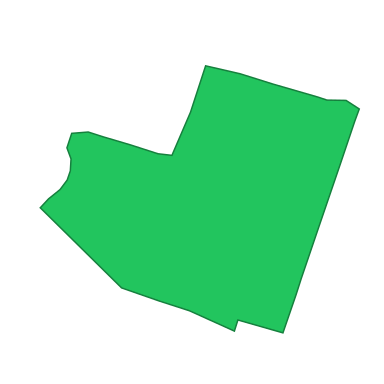 outline of Nova Hartz, Rio Grande do Sul, Brazil, rotated 103°
{"feature_id": "56859067B47796147191103", "entity_name": "Nova Hartz", "entity_type": "district", "adm_level": 2, "iso_a3": "BRA", "parent_name": "Brazil", "parent_adm1": "Rio Grande do Sul", "projection": "natural_earth1", "projection_center": [-50.904, -29.592], "detail": "fine", "context": "isolated", "style": "filled", "palette": "green", "viewbox_px": 384, "rotation_deg": 103, "n_neighbors": 0, "source": "geoboundaries", "source_scale": "gbopen_adm2", "svg_char_len": 549}
<svg xmlns="http://www.w3.org/2000/svg" viewBox="0 0 384 384"><g transform="rotate(103 192 192)"><path d="M177.1,323.8L187.0,317.3L198.8,315.3L208.4,316.3L219.3,321.1L230.9,330.2L241.5,336.3L301.3,239.0L305.6,199.3L308.3,167.8L318.0,119.4L306.4,118.5L308.8,71.7L268.7,67.5L251.9,66.1L195.8,60.4L131.7,53.8L86.2,49.3L73.5,47.7L68.1,62.5L72.1,81.2L71.2,90.5L68.6,137.9L66.0,171.4L66.0,207.1L114.6,211.4L160.8,219.8L162.4,233.8L160.0,261.8L158.2,291.3L156.9,306.6L161.9,322.4L177.1,323.8Z" fill="#22c55e" stroke="#15803d" stroke-width="1.5"/></g></svg>